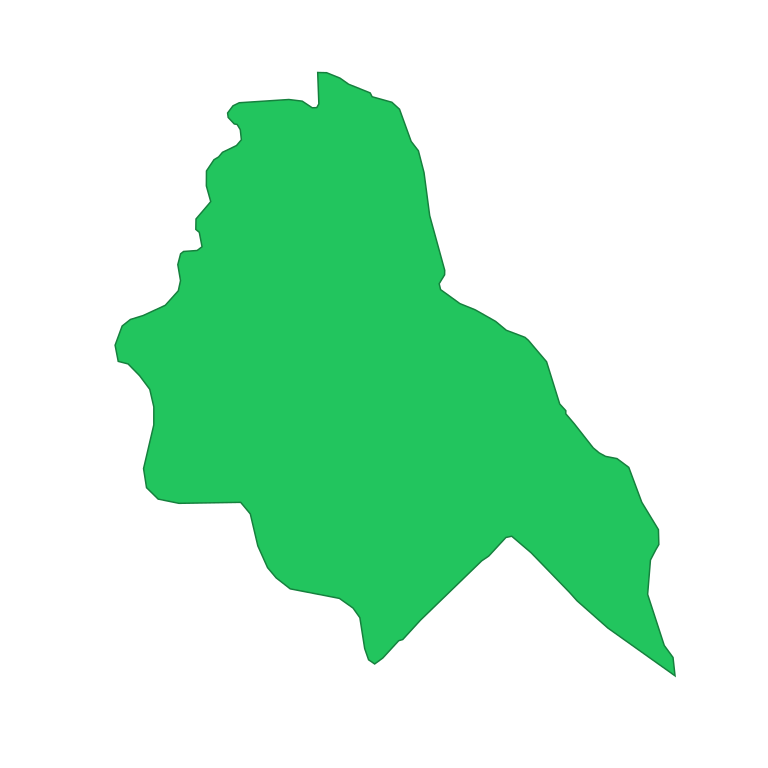 Santa Catarina Pinula, Guatemala, rotated 85°
{"feature_id": "79465075B31337947825966", "entity_name": "Santa Catarina Pinula", "entity_type": "district", "adm_level": 2, "iso_a3": "GTM", "parent_name": "Guatemala", "parent_adm1": "", "projection": "albers", "projection_center": [-90.471, 14.567], "detail": "fine", "context": "isolated", "style": "filled", "palette": "green", "viewbox_px": 768, "rotation_deg": 85, "n_neighbors": 0, "source": "geoboundaries", "source_scale": "gbopen_adm2", "svg_char_len": 1527}
<svg xmlns="http://www.w3.org/2000/svg" viewBox="0 0 768 768"><g transform="rotate(85 384 384)"><path d="M579.9,495.3L593.7,447.1L599.4,440.4L604.5,434.4L614.7,428.4L645.9,426.3L657.4,423.4L662.1,417.7L656.9,409.1L641.0,391.7L640.2,387.6L622.4,368.2L568.7,302.1L564.5,294.6L547.5,275.9L546.8,270.0L564.9,252.2L607.7,217.4L616.8,210.6L646.7,182.2L700.1,119.5L681.6,119.9L668.9,127.6L616.5,139.7L582.6,133.9L572.7,127.6L567.9,124.2L553.0,123.3L524.3,137.5L488.4,147.4L478.6,158.4L475.4,169.6L471.4,175.6L465.8,181.2L440.2,197.9L429.5,205.5L426.4,205.2L419.2,210.7L376.0,220.1L364.2,228.5L353.0,236.4L349.8,239.5L341.1,257.5L331.3,267.4L318.1,286.6L310.5,301.4L294.9,319.4L288.9,320.3L280.5,314.1L276.0,313.6L220.3,323.8L176.9,325.7L154.7,329.4L144.7,335.8L111.6,344.6L104.0,351.6L96.8,370.8L92.8,372.4L82.3,393.1L75.5,401.1L68.9,414.0L67.9,422.9L99.3,424.5L102.8,426.9L102.6,431.4L95.1,440.8L92.3,454.0L91.2,503.7L93.7,510.2L100.4,516.2L104.9,516.0L111.9,510.5L112.6,507.7L118.1,505.0L128.3,504.8L133.6,510.2L139.1,524.7L143.4,529.0L145.7,533.8L156.3,542.3L171.2,543.7L187.2,540.7L190.9,544.4L203.2,556.9L213.6,558.0L216.8,554.8L231.4,553.3L234.7,558.5L234.5,572.1L236.6,575.3L247.1,579.0L263.3,577.7L273.2,580.8L286.5,595.0L294.8,618.0L297.6,631.0L303.4,639.8L321.9,648.5L338.3,646.8L341.7,637.2L354.5,626.7L368.9,617.8L386.8,615.3L404.7,616.9L447.3,630.9L466.6,629.6L479.0,619.0L485.0,598.7L489.4,537.1L501.8,528.5L534.3,523.8L556.8,516.0L567.8,508.3L579.9,495.3Z" fill="#22c55e" stroke="#15803d" stroke-width="1.5"/></g></svg>